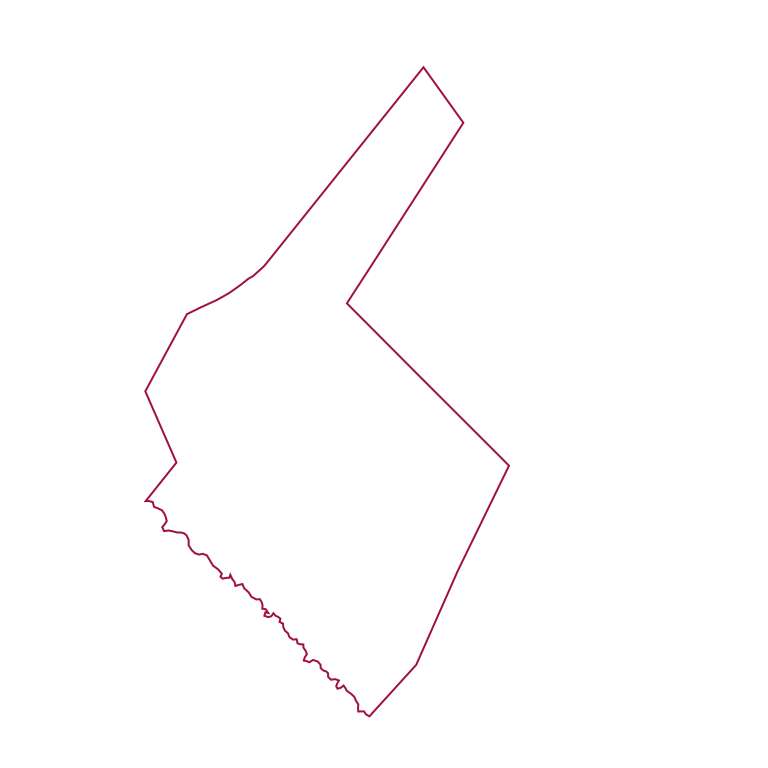 the district of Manoel Emídio, Piauí, Brazil, rotated 128°
{"feature_id": "56859067B6824305112078", "entity_name": "Manoel Emídio", "entity_type": "district", "adm_level": 2, "iso_a3": "BRA", "parent_name": "Brazil", "parent_adm1": "Piauí", "projection": "mercator", "projection_center": [-43.851, -8.19], "detail": "fine", "context": "isolated", "style": "outline", "palette": "rose", "viewbox_px": 768, "rotation_deg": 128, "n_neighbors": 0, "source": "geoboundaries", "source_scale": "gbopen_adm2", "svg_char_len": 1654}
<svg xmlns="http://www.w3.org/2000/svg" viewBox="0 0 768 768"><g transform="rotate(128 384 384)"><path d="M627.1,442.0L631.4,438.6L632.3,436.1L633.3,433.3L633.7,428.9L632.3,424.7L629.4,422.3L628.1,418.0L632.4,406.9L632.2,400.6L633.3,395.0L636.6,394.2L636.7,391.3L633.7,388.7L631.7,386.5L629.0,387.6L631.2,383.2L632.0,379.9L634.6,376.8L631.4,374.5L628.8,372.4L631.0,368.5L631.2,365.6L631.6,362.0L633.3,357.5L632.4,352.0L630.0,349.3L631.4,345.7L633.3,343.3L636.0,341.6L634.3,338.5L635.7,334.3L637.0,336.9L640.3,335.6L638.9,331.6L636.4,329.8L632.7,330.0L633.4,326.8L632.7,324.0L632.7,321.2L635.8,319.8L635.0,316.0L637.6,313.7L639.3,310.3L639.6,306.1L641.6,302.8L641.5,298.4L638.9,295.7L641.6,292.5L640.8,289.9L638.9,287.2L641.3,285.2L642.6,281.2L644.3,278.5L648.3,278.1L651.3,277.0L650.0,274.3L649.3,271.5L645.2,270.1L643.5,265.5L644.3,261.2L646.9,258.9L647.1,255.4L646.1,252.7L646.4,250.0L649.2,247.7L649.6,243.6L646.6,240.7L645.4,237.0L648.7,236.5L651.6,235.6L652.7,233.0L649.8,231.0L646.5,230.2L647.5,227.0L648.7,224.2L648.4,219.4L648.8,214.8L650.8,211.2L652.3,207.0L655.4,204.9L657.9,202.7L654.3,198.2L655.4,194.8L654.9,190.9L589.3,186.0L585.5,185.7L485.5,210.9L371.4,235.2L369.1,253.8L355.4,365.9L343.3,462.9L303.7,466.4L129.3,482.3L110.1,547.9L364.5,551.0L379.5,553.6L384.6,555.7L394.6,558.1L407.6,562.0L421.5,567.8L435.5,575.1L450.3,582.3L536.7,567.6L573.7,499.2L623.0,499.7L621.0,497.3L619.4,493.6L622.4,489.5L621.3,486.1L620.2,481.1L621.6,476.8L623.4,473.8L625.8,470.8L630.1,470.5L633.3,470.6L635.3,466.8L632.0,463.4L630.1,459.7L628.4,455.6L626.2,452.9L624.8,449.7L624.8,446.4L627.1,442.0Z" fill="none" stroke="#9f1239" stroke-width="2"/></g></svg>